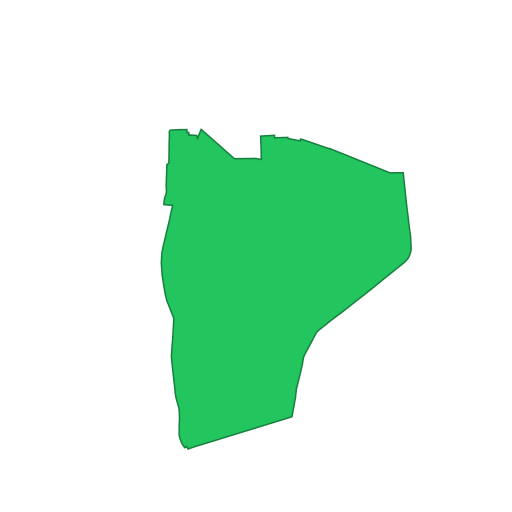 outline of San Gregorio Atzompa, Puebla, Mexico, rotated 325°
{"feature_id": "50627088B24169685204164", "entity_name": "San Gregorio Atzompa", "entity_type": "district", "adm_level": 2, "iso_a3": "MEX", "parent_name": "Mexico", "parent_adm1": "Puebla", "projection": "albers", "projection_center": [-98.344, 19.013], "detail": "fine", "context": "isolated", "style": "filled", "palette": "green", "viewbox_px": 512, "rotation_deg": 325, "n_neighbors": 0, "source": "geoboundaries", "source_scale": "gbopen_adm2", "svg_char_len": 2514}
<svg xmlns="http://www.w3.org/2000/svg" viewBox="0 0 512 512"><g transform="rotate(325 256 256)"><path d="M256.4,104.3L253.8,108.1L249.6,113.7L241.8,124.6L237.9,130.0L236.4,129.9L235.4,130.0L234.8,130.7L232.5,133.9L222.5,147.2L220.8,150.0L219.2,152.3L217.9,153.6L214.7,155.8L212.7,157.8L210.0,161.0L211.6,162.4L213.9,164.4L215.8,165.9L216.8,166.7L214.0,169.2L211.9,171.1L209.5,173.3L207.4,175.4L202.9,179.4L195.5,185.9L191.0,190.0L184.7,195.5L181.3,198.9L180.5,199.8L180.0,200.3L174.5,207.3L168.1,217.9L162.8,228.7L160.2,234.3L157.3,241.4L156.2,246.4L155.7,248.5L153.7,256.7L152.9,260.0L140.7,275.5L134.8,282.6L129.1,289.7L125.0,296.9L117.0,311.5L113.7,317.6L113.4,318.1L111.1,322.2L108.9,326.8L108.8,327.2L106.8,333.0L105.4,336.8L103.2,340.6L100.0,345.4L96.2,350.3L90.5,358.3L89.0,361.8L88.0,365.9L87.6,368.8L87.7,372.2L89.9,372.3L89.6,375.1L97.2,377.3L193.2,408.3L195.9,405.7L200.8,400.9L201.3,400.4L204.5,397.2L207.4,394.4L208.5,393.0L210.7,390.5L212.8,388.1L223.6,378.8L231.8,371.4L233.9,369.2L235.4,367.7L235.9,367.2L236.3,366.8L236.8,366.4L237.4,365.9L238.3,365.3L239.4,364.6L239.8,364.4L241.0,363.8L243.3,362.7L247.9,360.4L255.1,356.7L260.1,354.1L260.8,353.7L261.5,353.5L261.9,353.3L262.4,353.2L262.9,353.1L263.6,352.9L264.2,352.9L266.1,352.7L269.4,352.5L270.8,352.4L271.0,352.4L279.9,351.8L288.4,351.5L289.3,351.5L289.5,351.5L296.3,351.3L298.8,351.1L302.4,350.9L310.6,350.4L314.1,350.2L321.1,349.9L330.7,349.3L333.6,349.1L333.8,349.1L335.8,349.0L337.0,348.9L346.0,348.2L349.0,348.0L351.8,347.8L356.8,347.5L363.5,347.0L365.4,346.9L368.7,346.7L371.5,346.5L372.7,346.4L373.6,346.4L374.9,346.2L376.3,345.9L377.8,345.5L379.1,345.1L380.2,344.7L381.0,344.2L382.3,343.4L383.4,342.7L384.7,341.7L385.4,341.0L386.2,340.2L386.5,340.0L387.5,338.7L388.2,337.5L390.5,334.0L393.8,328.6L394.6,327.2L394.8,326.9L394.9,326.6L395.7,325.0L396.9,322.7L397.2,322.1L401.0,314.9L404.0,309.4L405.2,307.1L406.5,304.6L410.8,296.7L413.4,291.9L415.7,287.9L417.4,284.8L420.2,279.6L421.1,278.0L424.4,272.2L424.1,272.0L413.5,264.8L378.1,210.4L377.9,210.6L374.5,206.0L370.6,200.6L365.9,194.1L359.8,185.8L359.6,185.7L358.3,187.1L349.6,178.0L350.1,177.1L339.0,169.8L340.4,167.8L328.5,160.4L327.7,161.8L325.7,164.9L322.9,169.3L319.7,174.1L317.1,177.8L316.3,179.2L315.7,180.0L311.7,175.9L294.1,163.9L289.2,143.4L283.7,120.8L275.7,126.0L276.6,123.2L271.8,119.4L271.4,119.4L270.5,118.7L270.9,118.2L270.6,118.0L271.7,116.2L270.3,115.2L271.9,112.8L265.5,108.4L257.9,103.7L256.4,104.3Z" fill="#22c55e" stroke="#15803d" stroke-width="1.5"/></g></svg>